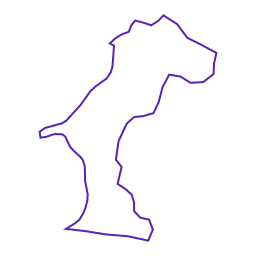 outline of La Estrelleta
{"feature_id": "DOM-1972", "entity_name": "La Estrelleta", "entity_type": "Province", "adm_level": 1, "iso_a3": "DOM", "parent_name": "Dominican Republic", "parent_adm1": "", "projection": "mercator", "projection_center": [-71.627, 18.975], "detail": "fine", "context": "isolated", "style": "outline", "palette": "violet", "viewbox_px": 256, "rotation_deg": 0, "n_neighbors": 0, "source": "natural_earth", "source_scale": "10m", "svg_char_len": 925}
<svg xmlns="http://www.w3.org/2000/svg" viewBox="0 0 256 256"><path d="M40.5,137.7L39.6,131.7L45.2,127.9L62.1,123.3L66.4,120.6L80.7,104.8L90.5,91.0L95.5,86.5L106.6,78.5L110.8,72.3L112.5,66.3L114.0,45.6L109.8,43.5L115.3,38.3L121.9,34.3L128.9,31.7L131.3,25.3L135.3,20.5L143.4,22.7L151.2,25.3L157.9,21.2L163.5,15.4L177.2,24.2L187.3,37.8L202.0,45.2L216.4,52.9L214.1,63.4L213.5,74.1L203.2,82.1L190.6,82.8L180.3,76.5L169.2,74.7L162.5,87.2L158.7,102.1L153.5,113.1L143.3,116.1L134.1,117.0L126.8,123.6L118.6,141.0L115.9,159.7L121.6,167.0L117.6,183.9L125.1,188.8L131.7,194.6L134.1,202.6L134.1,211.1L140.2,217.6L149.1,219.7L152.9,229.6L148.2,240.6L127.5,236.2L106.5,234.5L84.3,231.0L66.0,228.9L74.9,223.4L79.5,219.6L83.4,213.1L85.6,207.3L87.3,200.8L87.7,194.3L85.1,180.7L84.8,166.6L82.9,160.2L80.5,157.0L73.0,150.1L70.0,146.6L65.3,136.7L62.3,134.3L54.6,134.0L46.4,136.8L40.5,137.7Z" fill="none" stroke="#5b21b6" stroke-width="2"/></svg>